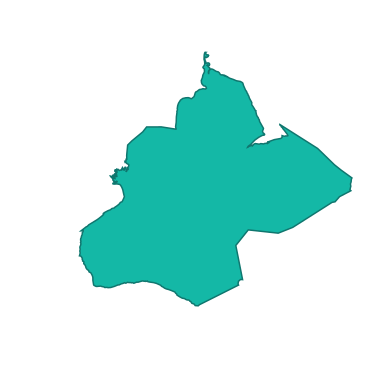 Do'rgon, Hovd, Mongolia (orthographic projection), rotated 142°
{"feature_id": "93677404B47825752069275", "entity_name": "Do'rgon", "entity_type": "district", "adm_level": 2, "iso_a3": "MNG", "parent_name": "Mongolia", "parent_adm1": "Hovd", "projection": "orthographic", "projection_center": [92.87, 48.326], "detail": "fine", "context": "isolated", "style": "filled", "palette": "teal", "viewbox_px": 384, "rotation_deg": 142, "n_neighbors": 0, "source": "geoboundaries", "source_scale": "gbopen_adm2", "svg_char_len": 6009}
<svg xmlns="http://www.w3.org/2000/svg" viewBox="0 0 384 384"><g transform="rotate(142 192 192)"><path d="M95.1,293.5L95.6,294.0L96.4,293.8L98.0,292.5L100.8,289.2L101.6,287.3L103.0,285.2L104.2,284.3L106.4,283.7L106.7,283.4L106.8,282.5L106.5,281.4L108.2,279.0L111.5,277.4L113.4,275.7L116.0,274.2L117.2,272.3L117.6,270.9L117.5,268.8L117.2,268.1L116.4,267.3L116.3,266.6L116.4,265.7L116.8,264.8L118.1,264.9L119.8,266.7L121.3,267.2L123.1,268.2L126.2,268.2L127.4,268.5L128.3,268.2L131.6,265.9L134.8,265.8L135.4,266.3L136.0,267.5L136.9,268.7L139.1,270.2L141.7,271.4L144.5,271.5L147.9,270.3L150.1,268.9L152.3,266.8L152.7,265.9L154.4,264.7L154.7,264.1L158.0,260.9L161.5,256.7L164.7,253.6L165.6,251.7L166.0,251.4L176.0,262.1L187.7,271.2L193.8,269.7L207.9,269.3L213.8,268.6L221.0,261.0L223.2,258.0L223.8,258.4L224.7,257.2L225.3,257.0L225.3,257.4L225.9,257.6L226.0,256.8L226.4,256.8L226.5,256.4L225.8,256.2L225.9,254.7L225.6,254.5L225.5,253.6L225.1,253.0L225.0,252.6L225.3,252.0L226.8,250.9L227.6,251.0L228.0,250.4L228.0,249.4L228.5,249.1L229.0,249.5L229.7,249.3L230.2,248.8L231.0,248.6L231.2,249.0L230.7,249.3L229.2,249.7L229.3,250.2L229.8,250.4L229.9,250.7L229.0,252.1L229.4,252.7L229.9,252.6L230.0,252.3L229.8,252.1L229.8,251.9L231.1,252.1L231.3,251.4L231.8,251.0L232.3,251.5L232.1,252.5L232.6,253.2L232.0,253.2L231.7,253.5L231.7,254.1L232.3,253.7L232.7,253.7L233.2,253.0L233.9,252.6L234.3,253.2L234.8,253.1L235.4,253.6L235.9,253.6L236.3,254.5L236.2,255.2L236.6,255.6L236.9,255.3L237.1,255.3L237.0,255.9L237.2,256.4L238.1,256.0L238.3,255.2L238.5,255.6L238.2,256.4L238.9,256.8L239.6,256.4L240.0,255.9L240.0,255.5L239.5,254.8L239.4,253.8L239.8,254.0L240.1,253.4L240.2,253.9L240.4,253.9L241.0,252.7L241.6,253.2L241.9,253.9L242.1,253.8L242.1,253.1L241.4,252.5L241.6,251.7L241.3,251.1L241.6,250.6L242.0,250.9L242.5,250.9L242.8,251.5L242.8,251.8L242.3,252.1L242.4,252.5L242.8,252.6L243.7,253.9L244.1,253.9L243.9,253.1L244.7,253.2L244.0,252.6L244.0,252.0L243.5,251.8L243.4,251.4L243.6,251.3L243.9,251.6L244.2,251.3L244.3,250.0L244.4,249.9L244.7,250.3L245.0,251.6L245.4,252.0L245.5,253.0L246.3,254.6L246.5,254.8L246.6,254.0L246.3,252.2L246.4,251.4L246.1,250.8L246.6,250.6L247.0,250.1L247.0,249.2L246.6,248.8L246.7,248.0L247.4,248.0L247.6,247.6L246.8,247.2L246.1,247.3L245.3,246.5L244.7,246.8L244.5,246.4L244.8,246.1L245.3,246.1L246.7,246.6L248.1,246.8L249.0,247.5L249.3,247.2L248.7,246.3L246.2,244.6L244.3,242.5L244.1,241.2L244.5,238.6L245.2,236.3L247.1,232.4L248.2,229.9L252.1,227.8L253.3,227.4L254.8,227.9L257.1,227.3L260.3,227.3L261.9,227.5L263.1,227.3L265.3,228.3L267.1,228.2L269.7,229.0L273.6,229.7L275.1,229.7L275.3,229.5L274.8,229.4L274.8,229.2L276.3,228.6L281.4,228.5L284.0,228.6L293.4,229.7L295.8,229.4L296.8,229.7L303.4,229.7L303.0,229.4L301.3,229.4L301.1,229.1L302.1,227.9L303.6,227.4L304.5,226.2L306.4,225.2L307.0,224.5L308.5,223.7L309.4,222.7L309.8,221.6L310.9,220.9L311.0,220.2L312.1,218.9L314.2,217.7L314.9,216.7L315.2,215.9L316.8,214.5L317.2,213.5L318.2,212.3L320.0,211.0L319.1,210.0L319.1,208.1L319.6,206.8L320.0,206.5L320.2,205.6L320.7,204.9L320.4,204.5L320.2,203.5L321.5,202.1L321.2,201.1L321.5,199.2L322.2,197.5L322.3,196.6L322.3,195.5L321.8,193.8L322.3,192.4L321.6,190.9L321.5,190.4L321.8,188.5L322.2,187.0L322.8,185.6L324.5,183.4L326.7,179.4L326.7,178.7L325.8,176.8L325.2,176.2L321.8,174.0L321.2,172.9L320.0,171.7L319.5,170.4L317.7,169.2L317.2,168.4L314.9,166.8L311.0,165.3L307.7,164.4L306.5,163.6L304.4,163.2L302.6,162.4L301.0,162.1L300.8,161.4L300.0,160.8L298.5,160.6L297.4,159.4L296.1,158.4L295.6,157.7L294.6,157.1L294.0,155.9L291.1,155.0L290.0,154.1L286.2,152.6L285.3,152.0L284.7,151.1L283.6,150.5L283.5,150.0L282.0,149.3L282.0,148.5L280.9,147.2L278.1,144.3L276.3,141.9L274.0,137.6L274.1,136.5L273.4,135.1L272.8,133.1L271.9,131.4L270.5,129.6L269.0,127.2L267.1,123.8L267.2,122.3L266.9,121.0L267.3,120.0L267.2,119.7L266.2,116.9L265.1,114.4L263.4,112.5L263.2,111.5L262.3,109.9L261.4,109.2L260.9,108.5L260.9,107.3L260.4,106.4L260.6,105.2L260.6,104.3L259.4,102.6L259.4,100.5L257.2,98.5L255.5,98.6L212.6,90.0L212.5,91.0L210.4,93.0L207.6,93.2L206.1,91.8L190.4,122.9L171.0,127.5L149.4,106.5L134.4,102.1L88.0,97.6L85.3,96.2L78.6,97.5L66.0,95.2L66.1,96.6L63.3,98.8L62.2,100.8L60.4,102.0L58.6,103.9L57.3,104.6L61.0,117.4L63.0,125.8L66.2,149.0L81.2,191.1L81.5,190.8L81.1,189.8L81.5,188.4L81.2,187.1L81.4,186.0L81.3,183.5L81.4,178.6L81.7,177.4L81.9,177.3L82.7,177.7L83.6,178.5L84.4,178.7L85.2,179.4L86.3,181.0L87.5,179.5L89.0,179.5L94.9,182.6L101.0,184.6L101.4,184.9L101.7,184.7L101.0,184.2L100.8,183.6L102.8,183.8L102.8,184.5L103.5,184.6L104.8,185.5L106.0,185.8L108.0,187.8L109.6,188.3L112.3,191.2L113.7,191.6L115.6,191.2L115.8,191.2L115.4,191.7L119.5,193.0L120.0,192.8L120.7,193.0L120.1,193.3L119.2,193.5L116.8,193.3L110.4,194.2L105.6,194.0L101.7,193.3L100.1,192.4L99.5,192.5L99.3,192.7L99.2,193.1L99.5,193.6L99.3,193.9L99.6,194.4L99.3,196.0L98.8,196.6L96.7,197.9L96.5,198.2L95.3,206.0L94.6,207.3L94.5,208.5L94.0,210.1L94.1,210.6L93.8,212.7L92.3,215.9L91.6,216.7L91.9,217.1L91.9,217.6L91.7,218.3L91.3,221.8L91.2,223.7L91.0,224.3L89.8,225.7L89.0,230.5L88.2,232.7L88.1,233.8L87.7,234.9L87.6,236.2L87.1,237.7L87.1,239.3L85.9,244.0L85.2,245.7L84.9,246.8L85.0,247.3L85.8,249.3L88.5,252.3L90.1,255.2L92.4,258.7L92.7,259.7L93.1,260.1L93.0,260.9L93.4,261.5L93.8,261.7L93.7,262.3L94.1,262.5L94.1,263.0L94.6,263.0L94.8,263.3L94.6,264.0L94.8,264.4L95.4,264.5L95.5,265.2L96.9,266.3L97.3,267.3L97.1,269.1L97.3,270.4L98.8,272.4L99.8,275.3L100.5,276.5L101.2,277.2L103.3,277.3L104.0,277.1L105.9,275.1L106.0,275.2L105.1,276.1L105.0,276.3L105.2,276.5L104.1,277.3L102.4,277.5L102.1,277.7L102.1,278.2L101.7,278.7L102.1,280.5L101.9,281.7L102.2,282.5L101.4,282.5L101.7,281.7L101.0,281.5L100.5,281.0L99.6,281.6L99.4,282.0L99.2,282.6L99.4,283.4L101.4,285.0L101.7,284.8L101.9,285.0L101.7,285.8L100.8,286.5L100.8,287.7L99.9,288.9L99.6,290.0L98.1,289.9L98.0,289.2L97.1,288.9L96.5,289.0L95.9,288.8L94.8,289.4L94.9,290.2L96.1,291.2L95.9,292.3L96.4,293.2L95.9,293.5L95.1,293.5Z" fill="#14b8a6" stroke="#0f766e" stroke-width="1.5"/></g></svg>